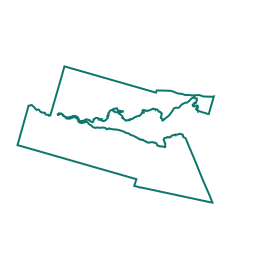 Port Augusta, South Australia, Australia (Equal Earth projection), rotated 286°
{"feature_id": "25037944B82439387593982", "entity_name": "Port Augusta", "entity_type": "district", "adm_level": 2, "iso_a3": "AUS", "parent_name": "Australia", "parent_adm1": "South Australia", "projection": "equal_earth", "projection_center": [137.816, -32.616], "detail": "fine", "context": "isolated", "style": "outline", "palette": "teal", "viewbox_px": 256, "rotation_deg": 286, "n_neighbors": 0, "source": "geoboundaries", "source_scale": "gbopen_adm2", "svg_char_len": 5941}
<svg xmlns="http://www.w3.org/2000/svg" viewBox="0 0 256 256"><g transform="rotate(286 128 128)"><path d="M169.7,49.9L160.5,50.0L118.7,49.9L118.1,48.6L118.6,48.4L118.8,47.9L118.3,46.2L118.4,45.5L118.3,45.0L119.7,44.0L119.7,43.3L119.3,42.6L119.5,41.7L119.1,41.1L119.3,40.4L119.3,39.9L119.7,38.8L120.6,38.1L121.0,37.4L121.0,36.6L120.6,35.8L120.5,35.2L120.2,35.1L120.9,33.6L121.6,33.0L122.5,31.3L123.0,30.1L123.4,29.6L123.5,29.2L123.4,28.5L122.5,27.7L122.3,27.1L122.1,26.3L81.1,26.5L81.1,150.2L74.0,150.0L74.2,153.7L74.0,155.7L74.4,156.9L79.2,226.5L79.6,229.7L84.7,225.8L96.9,215.7L109.0,206.1L109.3,206.0L134.0,186.2L134.3,185.6L134.4,184.5L134.6,183.6L135.9,182.7L136.3,182.8L136.6,182.4L136.5,182.0L136.8,181.6L136.7,179.2L136.2,178.8L136.0,178.1L135.6,177.8L135.1,176.9L134.4,174.5L133.9,174.2L133.8,174.4L133.5,173.2L132.6,172.1L132.2,171.8L131.6,171.9L130.8,171.1L130.7,170.5L130.2,170.3L130.4,168.7L129.9,168.2L129.4,167.9L129.0,167.5L128.9,166.4L128.6,166.1L127.7,165.6L126.3,165.5L126.0,165.9L125.7,166.5L124.7,167.1L124.2,167.0L123.8,167.6L123.5,167.7L123.2,168.2L121.2,168.5L120.8,168.9L120.0,169.0L119.8,168.8L119.7,168.0L119.8,165.5L119.4,165.1L119.2,164.6L119.1,163.3L119.3,162.9L119.2,162.6L119.4,162.0L119.2,161.7L119.7,160.6L120.4,160.3L120.7,159.7L121.1,159.4L121.4,158.4L121.3,158.1L121.3,157.4L121.0,157.1L121.0,156.3L121.2,155.8L121.1,155.1L120.8,154.6L120.7,154.0L120.1,153.1L120.1,152.8L119.6,152.1L119.6,151.0L119.4,150.4L119.6,149.6L120.1,149.0L119.9,147.8L120.8,145.6L120.6,145.0L120.2,144.6L120.5,143.8L120.3,142.9L120.5,142.6L120.3,142.1L120.8,141.5L120.7,140.7L121.1,139.7L121.1,139.2L121.4,138.6L121.5,137.2L121.8,136.4L122.0,135.5L122.1,134.3L122.0,133.6L122.2,132.0L123.0,130.1L122.7,127.3L123.2,126.5L123.2,125.5L123.5,123.7L123.5,122.8L123.6,122.4L123.4,121.5L123.6,120.3L123.4,119.9L123.4,117.1L123.0,116.1L122.8,115.4L122.9,114.7L122.4,113.3L122.5,112.6L122.3,111.8L122.4,111.1L122.2,110.8L122.4,109.7L121.5,108.9L121.4,108.5L120.9,107.9L121.2,107.2L121.7,106.5L121.8,105.9L121.7,104.9L121.3,102.9L120.6,101.6L120.3,100.4L120.1,98.4L119.2,96.8L119.1,96.1L119.2,94.4L119.5,93.4L120.3,92.2L120.7,90.1L121.1,89.3L122.3,87.6L122.7,86.5L122.4,85.9L121.9,85.6L121.6,85.0L120.2,82.5L119.9,81.8L119.9,80.1L120.4,79.1L120.4,78.6L120.9,78.3L121.4,78.9L121.8,78.2L122.2,78.0L122.1,77.8L123.0,76.8L122.9,76.6L123.5,75.0L123.5,73.2L123.8,73.1L123.7,72.6L123.3,72.4L121.7,70.6L120.8,69.3L120.7,68.2L120.2,67.0L120.3,66.2L120.5,65.9L120.8,65.8L121.1,65.4L120.8,65.2L121.4,64.2L121.9,62.0L123.1,61.0L123.3,60.6L123.2,59.7L122.9,59.0L121.2,57.4L121.2,57.1L121.6,56.7L122.3,56.9L122.9,58.0L123.1,57.9L123.5,60.0L123.1,61.5L122.0,62.8L121.6,64.5L121.2,65.6L121.9,68.0L121.9,68.4L122.6,69.1L123.7,71.2L124.4,71.9L124.8,73.5L125.0,73.7L125.0,75.0L124.7,76.3L123.8,77.5L123.1,77.9L122.8,78.3L121.7,79.2L121.3,79.6L121.2,80.3L121.9,81.0L122.0,81.4L121.7,81.6L122.7,83.0L124.5,85.4L124.8,85.4L125.0,88.6L124.6,88.6L123.7,91.6L124.0,92.6L124.7,92.8L125.6,92.7L126.2,92.9L126.9,92.5L127.3,93.2L129.0,94.4L129.1,95.4L129.3,96.0L129.2,96.3L128.9,97.0L128.0,97.3L128.1,98.9L129.1,99.0L129.0,99.5L129.1,99.8L128.2,99.5L127.9,100.2L128.3,101.2L128.2,101.9L127.8,102.1L128.1,103.1L128.9,103.7L129.2,104.2L130.1,104.9L131.5,105.3L132.0,105.2L132.1,105.6L132.6,105.4L133.2,105.7L133.8,105.1L134.0,105.7L134.5,105.9L135.0,105.3L136.6,105.6L137.0,105.5L137.0,105.2L139.3,105.9L140.4,106.7L141.1,108.0L141.8,108.3L142.4,109.1L143.6,111.2L143.8,112.1L142.1,113.2L142.2,115.4L142.7,117.9L142.6,118.6L142.3,118.6L142.2,118.2L140.8,116.1L140.7,115.5L140.9,115.0L140.8,114.3L140.3,114.7L140.8,114.2L140.7,113.6L140.2,113.8L139.5,114.7L139.1,116.5L138.7,117.1L138.5,117.9L137.9,119.2L136.7,120.2L136.7,119.7L136.2,119.6L136.1,120.5L135.5,121.4L135.6,121.7L135.2,122.3L134.8,123.3L134.6,123.4L134.7,124.0L134.9,124.1L134.8,124.8L135.7,125.9L135.6,126.1L136.0,126.7L135.9,127.2L136.1,127.6L137.0,127.4L137.3,127.9L137.4,128.7L137.7,129.4L138.1,129.9L139.3,130.6L139.5,131.1L140.5,131.8L141.7,133.5L141.8,133.9L142.6,134.8L142.7,135.6L143.5,136.0L144.5,136.8L146.6,137.2L146.9,138.2L146.8,138.5L147.1,139.0L148.2,138.4L148.4,137.9L148.3,137.4L149.0,137.2L149.4,137.5L149.6,137.9L149.5,138.5L149.7,138.9L149.7,139.4L149.4,139.9L149.6,140.2L149.5,140.3L149.6,141.1L149.6,141.8L150.1,142.0L150.5,142.8L150.7,143.6L151.0,144.0L153.5,146.7L153.2,147.5L153.5,147.6L153.7,148.6L153.5,149.1L153.1,149.5L153.5,149.6L153.8,151.0L153.2,152.4L152.5,152.6L152.1,153.9L152.3,154.8L151.5,155.8L151.3,156.6L150.1,156.4L149.4,156.8L147.5,156.5L146.9,157.2L146.5,157.2L146.1,158.4L144.8,158.7L144.7,158.8L144.7,159.1L145.4,160.0L146.4,160.3L146.7,160.8L147.6,161.2L148.8,162.3L150.8,163.6L152.6,164.5L154.9,165.4L159.3,166.7L160.6,168.0L161.2,170.6L161.9,171.5L164.5,172.8L165.1,172.9L167.8,175.6L168.3,176.5L168.4,177.2L168.9,178.0L171.6,179.8L173.6,180.6L175.3,182.5L175.9,183.0L175.8,183.7L175.2,183.9L174.9,184.5L175.3,185.9L173.7,186.6L171.6,186.4L171.5,186.0L170.7,185.3L170.3,185.8L170.1,185.4L170.0,185.6L169.4,185.0L168.7,184.9L168.7,184.7L169.1,184.4L168.3,183.8L167.9,183.8L167.3,184.2L166.8,184.9L166.9,185.6L167.8,187.5L168.2,187.1L168.0,187.7L167.7,187.9L167.8,188.2L168.3,188.3L168.1,188.5L168.1,188.8L168.7,188.8L169.1,188.5L169.3,188.5L169.0,188.6L168.8,188.8L168.2,189.0L167.9,188.5L167.5,188.4L167.0,188.9L166.9,189.2L166.9,189.8L166.7,190.1L166.9,188.9L165.9,188.9L165.2,188.3L164.7,188.3L164.4,189.2L164.7,189.4L164.8,189.6L164.1,189.7L164.1,190.4L163.9,190.5L163.6,190.6L163.2,190.9L163.8,191.1L163.8,192.8L163.6,195.8L163.7,198.0L163.5,200.3L163.7,201.8L182.0,201.8L181.2,200.1L179.2,192.3L179.1,191.5L179.3,188.1L179.2,187.0L176.9,180.5L176.6,177.5L175.5,174.1L175.5,173.2L175.7,170.6L174.9,166.3L175.5,161.5L175.4,158.2L172.0,145.2L169.7,145.1L169.7,49.9ZM140.2,110.1L139.6,111.4L139.7,111.9L140.2,112.3L139.8,111.6L139.9,111.1L140.3,110.3L140.3,109.0L140.2,108.6L140.1,109.2L140.2,110.1Z" fill="none" stroke="#0f766e" stroke-width="2"/></g></svg>